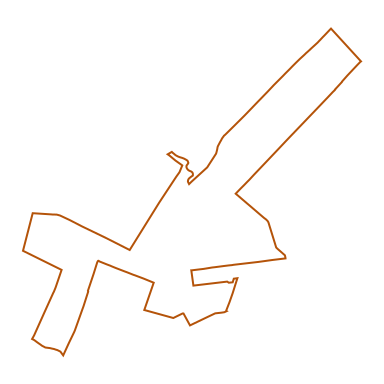 Barbulesti, Ialomita, Romania
{"feature_id": "2599482B7724523502847", "entity_name": "Barbulesti", "entity_type": "district", "adm_level": 2, "iso_a3": "ROU", "parent_name": "Romania", "parent_adm1": "Ialomita", "projection": "mercator", "projection_center": [26.592, 44.736], "detail": "fine", "context": "isolated", "style": "outline", "palette": "amber", "viewbox_px": 384, "rotation_deg": 0, "n_neighbors": 0, "source": "geoboundaries", "source_scale": "gbopen_adm2", "svg_char_len": 3008}
<svg xmlns="http://www.w3.org/2000/svg" viewBox="0 0 384 384"><path d="M134.6,275.2L143.4,278.5L153.7,282.7L144.3,310.0L173.3,318.0L182.1,313.7L182.9,313.4L183.5,313.5L190.0,325.4L202.7,319.3L209.4,316.1L215.1,313.4L215.6,313.3L221.1,312.7L223.9,312.3L224.4,312.2L226.5,311.2L226.1,311.0L226.3,310.4L229.5,302.2L232.7,293.1L235.2,285.1L237.4,278.2L233.8,278.7L232.7,282.3L228.8,282.7L227.2,281.6L193.4,285.6L191.3,270.3L192.0,270.3L198.5,269.5L203.7,268.9L212.1,267.5L214.8,267.2L217.9,266.8L224.0,266.0L228.9,265.4L232.0,265.1L233.6,264.8L258.6,261.9L272.3,260.0L278.9,259.2L285.5,258.4L285.4,257.4L284.9,255.3L280.7,251.6L277.5,248.8L276.2,247.5L268.4,222.3L267.6,221.0L266.0,219.4L264.0,217.9L235.7,193.7L237.7,191.6L240.8,188.4L244.5,184.7L247.1,182.0L249.3,179.8L254.0,174.7L264.0,164.2L279.0,148.4L285.5,141.5L289.5,137.3L296.6,129.9L308.0,118.0L319.8,105.7L324.0,101.3L329.7,95.3L332.8,92.0L334.8,90.1L335.3,89.4L335.2,89.3L342.0,81.9L342.0,81.6L347.4,75.5L353.7,68.8L357.4,64.9L360.3,61.9L361.0,61.4L337.5,35.7L331.0,28.6L330.4,29.2L329.8,29.8L326.4,33.4L324.3,35.6L322.7,37.2L321.6,38.4L321.0,39.0L320.5,39.6L319.9,40.2L319.0,41.1L318.2,42.0L317.9,42.3L317.1,43.1L316.4,43.7L316.1,44.0L311.8,47.9L307.6,51.8L306.1,53.1L304.7,54.5L299.9,58.9L296.1,62.6L292.4,66.3L290.0,68.8L285.2,73.6L282.9,76.0L282.1,76.8L280.4,78.5L273.8,85.1L270.8,88.3L267.8,91.5L257.6,102.0L244.6,115.5L231.4,128.6L225.0,134.9L224.6,135.2L223.9,135.8L223.5,136.5L223.0,137.1L222.6,137.7L222.2,138.2L221.6,139.3L221.1,140.3L220.1,142.0L219.0,144.1L218.0,146.0L217.7,146.7L217.5,147.5L217.2,149.4L216.6,151.8L216.1,153.6L210.1,162.9L207.2,167.4L191.3,181.9L189.1,184.1L188.6,183.1L188.1,182.1L187.9,181.2L188.2,179.8L188.8,178.7L189.3,178.2L189.8,177.8L190.9,176.9L191.7,176.3L192.7,175.7L192.9,175.3L192.9,174.6L192.9,173.9L192.7,173.2L192.4,172.5L192.0,172.1L191.0,171.4L190.2,171.1L188.9,170.5L188.2,170.0L187.3,169.0L186.8,168.2L186.4,166.9L186.6,165.5L188.2,163.4L188.2,163.1L188.3,162.6L188.0,161.9L187.7,161.1L187.4,160.6L186.7,160.1L185.7,159.5L184.0,158.6L182.2,157.9L179.5,157.1L177.8,156.4L175.6,155.2L173.6,153.5L172.7,152.8L171.8,151.9L167.7,154.3L169.4,155.5L175.4,160.5L182.3,165.4L179.5,172.2L176.2,176.8L159.2,202.6L129.7,250.0L105.8,237.9L82.0,226.4L69.6,220.0L66.4,218.5L60.0,215.5L56.7,214.6L52.3,214.5L51.4,214.4L32.7,213.2L23.0,250.8L61.6,269.9L55.6,287.5L53.9,291.7L53.3,292.8L44.2,312.9L34.1,335.4L32.1,339.0L32.7,339.3L33.9,339.9L34.8,340.5L35.6,341.1L37.2,342.3L38.9,343.5L40.5,344.6L42.1,345.8L43.7,346.6L45.3,347.5L47.6,347.8L50.0,348.1L52.0,348.6L54.0,349.0L55.7,349.6L57.4,350.1L60.4,351.6L63.2,355.4L68.8,343.2L74.1,332.2L74.8,330.6L77.7,322.5L82.4,309.3L83.5,306.3L88.2,291.6L87.9,290.9L93.7,273.6L97.2,262.4L97.6,261.6L97.9,261.1L98.1,260.9L98.3,260.9L98.6,260.8L99.1,261.2L99.8,261.6L101.1,262.1L102.8,262.8L104.1,263.3L105.8,264.0L107.6,264.7L110.3,265.7L111.6,266.3L115.5,267.9L124.6,271.4L126.8,272.2L132.6,274.5L133.6,274.9L134.6,275.2Z" fill="none" stroke="#b45309" stroke-width="2"/></svg>